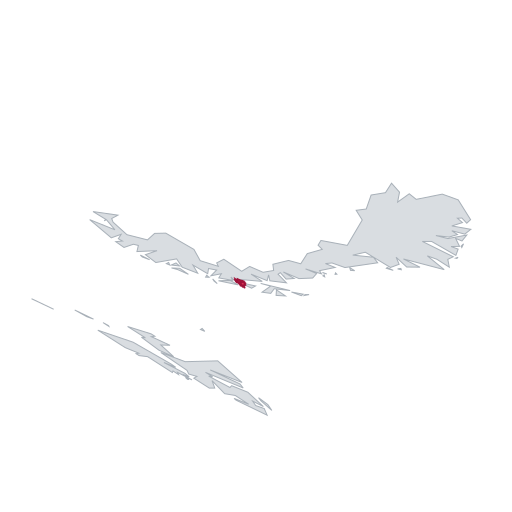 location of Lenvik nor, Troms, Norway, rotated 207°
{"feature_id": "86288312B95435650072468", "entity_name": "Lenvik nor", "entity_type": "district", "adm_level": 2, "iso_a3": "NOR", "parent_name": "Norway", "parent_adm1": "Troms", "projection": "equal_earth", "projection_center": [17.855, 69.38], "detail": "fine", "context": "in_parent", "style": "filled", "palette": "rose", "viewbox_px": 512, "rotation_deg": 207, "n_neighbors": 0, "source": "geoboundaries", "source_scale": "gbopen_adm2", "svg_char_len": 7252}
<svg xmlns="http://www.w3.org/2000/svg" viewBox="0 0 512 512"><g transform="rotate(207 256 256)"><path d="M303.6,226.5L284.9,229.7L287.9,232.0L283.2,238.5L261.8,235.9L256.9,243.8L242.3,244.7L233.7,251.1L237.2,256.3L225.0,266.8L212.6,269.4L211.4,281.4L200.0,292.0L205.6,293.8L205.2,299.3L179.5,306.9L177.7,336.3L187.5,342.2L179.1,347.9L181.1,362.6L169.4,371.2L168.3,382.4L157.1,378.0L154.3,368.3L147.7,381.0L139.0,379.2L118.1,395.7L101.3,397.8L81.3,385.8L83.1,380.9L89.8,383.3L93.7,381.1L87.2,379.5L95.2,371.7L76.7,377.3L79.9,370.3L93.0,367.4L86.2,366.6L92.6,360.5L105.0,355.9L93.0,358.6L77.7,370.4L79.3,362.9L86.1,362.3L79.0,357.0L86.5,353.0L79.0,353.9L78.2,347.3L106.2,348.7L114.4,344.5L79.9,344.9L83.6,340.1L78.7,333.8L93.4,335.2L103.4,333.9L82.1,329.3L123.3,320.3L104.8,320.5L116.7,314.6L130.6,318.5L124.7,313.6L131.0,306.8L160.3,309.0L170.2,300.7L150.8,308.2L144.5,305.2L171.5,286.1L185.1,284.3L190.7,280.8L180.3,281.7L192.7,271.8L189.5,269.8L206.0,267.0L194.0,267.9L195.5,262.1L207.4,255.4L224.4,254.2L211.8,253.3L218.7,249.1L226.8,252.2L228.1,249.8L216.7,245.9L232.4,240.2L236.2,244.9L234.9,239.1L252.2,237.6L238.9,236.2L259.2,228.0L261.2,223.9L268.8,225.9L265.7,223.7L279.2,219.6L278.8,224.5L287.2,217.9L284.7,225.6L292.6,223.3L291.0,218.3L308.1,219.3L300.1,214.2L316.7,212.5L325.4,217.4L342.3,204.7L355.1,207.0L346.6,215.8L364.1,205.9L365.6,212.0L370.6,210.8L377.5,203.7L387.5,205.1L381.8,208.7L386.5,208.9L386.0,214.1L393.2,206.5L420.7,212.9L393.6,215.3L405.7,220.4L421.4,221.6L397.6,229.7L401.6,223.9L398.8,221.3L380.7,216.4L360.0,221.1L356.6,230.1L346.8,235.4L314.3,233.7L303.6,226.5ZM237.7,117.1L255.9,118.9L254.0,121.9L262.3,120.3L265.6,122.8L297.0,126.8L271.1,129.7L242.5,145.2L211.0,137.0L245.1,133.7L212.2,134.7L207.5,132.6L248.2,129.4L239.8,128.7L243.7,127.5L219.5,127.0L218.8,129.4L201.4,130.9L181.1,125.2L193.1,125.2L188.4,122.6L179.4,123.8L173.8,119.2L208.4,118.5L210.9,119.2L195.2,120.6L211.2,122.3L221.4,119.1L238.6,125.0L232.8,119.6L237.7,117.1ZM277.6,114.2L306.9,117.1L314.9,114.2L318.5,114.5L316.3,116.2L330.9,115.0L363.3,118.1L326.4,123.4L282.3,121.2L277.0,120.4L289.7,119.3L266.1,119.2L260.7,118.0L267.6,117.2L256.8,116.5L273.1,116.7L271.2,115.2L277.8,115.9L277.6,114.2ZM299.6,128.0L321.2,131.6L317.4,132.9L338.4,134.9L314.1,139.0L309.7,138.6L312.6,136.6L292.1,137.4L300.4,133.5L283.6,128.9L299.6,128.0ZM229.3,235.8L239.4,233.7L209.9,240.7L224.9,235.1L225.9,229.4L234.2,226.5L229.3,235.8ZM245.3,225.3L258.9,224.9L242.8,229.1L245.3,225.3ZM258.7,222.2L278.2,216.9L267.9,222.5L258.7,222.2ZM171.8,125.6L186.1,129.3L189.4,130.9L178.0,129.0L171.8,125.6ZM220.2,230.0L222.4,235.1L211.6,233.8L220.2,230.0ZM325.9,207.0L318.4,210.4L307.9,209.0L320.0,208.3L325.9,207.0ZM327.4,209.5L324.1,213.5L319.6,212.4L327.4,209.5ZM197.6,241.2L208.1,240.0L196.6,243.4L197.6,241.2ZM435.8,116.1L412.1,116.7L436.6,116.0L435.8,116.1ZM379.2,125.1L393.0,125.6L372.1,126.0L379.2,125.1ZM349.1,204.4L356.9,203.5L359.5,204.3L349.1,204.4ZM332.4,208.5L330.9,210.6L328.8,208.8L332.4,208.5ZM291.3,214.3L291.2,216.5L288.2,215.7L291.3,214.3ZM272.1,165.3L271.1,167.0L267.4,165.6L272.1,165.3ZM362.1,127.2L355.7,127.0L355.1,126.5L362.1,127.2ZM165.3,286.1L167.2,288.2L161.4,287.7L165.3,286.1ZM278.0,213.8L282.0,214.6L284.2,215.9L278.0,213.8ZM261.1,115.0L263.8,115.8L259.6,115.5L261.1,115.0ZM133.9,305.3L127.2,305.5L134.3,304.2L133.9,305.3ZM124.0,308.8L121.3,310.7L120.3,309.7L124.0,308.8ZM194.8,243.9L191.2,245.7L195.2,242.6L194.8,243.9ZM77.7,357.9L76.6,361.1L76.5,357.0L77.7,357.9ZM186.7,270.2L185.3,268.6L187.4,268.7L186.7,270.2ZM407.2,218.4L406.6,220.1L406.3,219.8L407.2,218.4ZM188.5,271.7L184.7,272.1L189.3,271.3L188.5,271.7ZM177.2,275.5L177.5,277.1L175.7,276.5L177.2,275.5ZM77.2,344.7L75.4,346.6L75.9,345.0L77.2,344.7Z" fill="#d9dde1" stroke="#a8b0b8" stroke-width="1"/><path d="M255.8,227.9L256.7,227.8L257.0,227.7L257.0,227.8L257.4,227.7L257.8,227.6L258.0,227.5L257.8,227.5L257.7,227.4L257.3,227.5L257.3,227.4L257.1,227.5L257.1,227.4L256.9,227.3L257.0,227.2L256.6,227.2L256.1,227.0L256.3,227.0L256.2,227.0L256.3,227.0L256.2,226.9L256.3,226.9L256.3,227.0L257.1,227.0L257.4,226.9L257.5,226.7L257.2,226.7L257.3,226.5L257.2,226.6L257.3,226.5L257.2,226.5L257.3,226.5L257.2,226.4L256.7,226.5L256.7,226.3L256.8,226.3L257.0,226.2L256.9,226.3L256.9,226.2L256.7,226.1L256.4,226.0L256.4,225.9L256.5,225.9L256.9,225.9L257.0,225.9L256.8,225.9L257.0,225.7L257.4,225.6L257.7,225.5L258.0,225.5L258.3,225.5L258.5,225.4L258.9,225.5L259.0,225.4L258.9,225.4L259.1,225.3L258.9,225.3L258.7,225.3L258.6,225.2L258.8,224.9L258.6,224.9L258.4,224.9L258.5,224.8L258.8,224.9L258.7,224.8L258.7,224.7L258.8,224.6L259.0,224.5L258.8,224.3L258.5,224.3L258.5,224.2L258.2,224.3L258.0,224.5L257.9,224.5L258.0,224.7L257.9,224.8L257.5,224.7L257.3,224.6L257.5,224.4L257.9,224.3L257.9,224.2L258.0,224.1L258.1,223.9L258.4,223.9L258.8,223.7L258.5,223.6L258.0,223.4L257.4,223.3L257.2,223.3L257.0,223.5L256.7,223.6L256.6,224.0L256.3,224.2L256.2,224.2L255.7,224.1L256.0,224.1L255.9,224.0L256.1,223.9L256.0,223.7L256.3,223.5L256.7,223.5L256.7,223.4L256.8,223.4L256.7,223.4L256.9,223.3L256.9,223.2L257.0,223.0L256.9,222.9L256.6,222.7L256.4,222.5L256.2,222.5L256.3,222.5L256.1,222.5L255.9,222.5L256.1,222.6L255.8,222.6L255.6,222.6L255.4,222.8L255.4,223.0L255.2,223.1L254.9,223.0L254.8,222.9L254.6,222.8L254.5,222.7L254.3,222.6L254.1,222.4L253.9,222.3L254.0,222.3L253.7,222.4L253.2,222.3L253.7,222.6L253.8,223.0L253.5,222.9L253.7,223.0L253.8,223.0L253.7,223.0L253.8,223.0L254.2,223.3L254.3,223.4L254.2,223.4L253.6,223.3L253.7,223.6L253.9,223.7L253.9,223.8L253.6,223.7L253.3,223.5L253.2,223.4L253.3,223.3L253.3,223.2L253.0,223.1L252.9,223.0L252.9,222.9L252.7,222.8L252.7,222.7L252.2,222.6L251.8,222.4L251.7,222.3L251.4,222.2L251.6,222.3L251.6,222.5L251.8,222.8L252.1,222.9L252.3,223.0L252.6,223.2L252.5,223.3L252.8,223.4L253.0,223.6L253.3,223.7L253.8,223.8L254.0,223.8L254.3,223.8L254.3,223.7L254.1,223.6L254.4,223.6L254.8,223.7L255.0,223.7L255.1,223.8L254.3,224.0L253.6,224.2L253.3,224.3L252.5,225.0L253.1,225.3L252.5,225.5L253.1,226.0L253.5,226.2L253.8,226.4L253.9,226.6L253.6,226.7L253.9,226.8L253.8,227.0L254.4,226.9L254.4,227.2L254.6,227.2L255.5,227.2L256.0,227.4L256.0,227.5L255.9,227.7L255.9,227.8L255.8,227.9ZM264.3,226.2L264.2,226.1L264.3,225.9L264.1,225.7L264.2,225.4L264.3,225.2L264.0,225.1L263.8,225.1L263.4,224.9L262.9,224.9L262.7,225.0L262.1,225.2L262.0,225.3L261.6,225.4L261.5,225.5L261.6,225.8L261.4,226.0L261.2,226.2L260.8,226.3L260.6,226.5L260.8,226.2L261.0,225.9L261.1,226.0L261.2,225.7L261.4,225.5L262.0,225.3L262.0,225.2L262.4,225.0L262.4,224.9L262.5,224.9L262.4,224.9L262.5,224.8L262.4,224.7L262.6,224.6L262.6,224.4L262.6,224.2L262.4,224.1L261.8,223.9L261.7,223.8L261.8,223.8L261.7,223.8L261.4,223.7L261.0,223.8L260.9,223.8L260.5,224.0L260.4,224.1L259.9,224.0L259.7,224.1L259.9,224.3L260.0,224.4L260.0,224.5L259.9,224.8L260.1,224.9L260.0,225.0L259.4,225.0L259.2,225.1L259.3,225.3L259.2,225.5L259.3,225.5L259.0,225.6L258.8,225.8L258.7,225.9L257.7,226.0L257.9,226.0L257.8,226.5L258.0,226.7L257.8,226.8L257.6,227.0L257.8,227.1L258.0,227.0L258.5,227.0L258.8,227.0L259.0,227.0L258.9,227.2L258.8,227.3L259.8,227.3L260.1,227.3L260.2,227.2L260.8,227.2L261.2,227.2L261.5,227.2L261.3,227.0L261.3,226.8L262.6,226.4L263.7,226.1L264.3,226.2Z" fill="#f43f5e" stroke="#9f1239" stroke-width="1.5"/></g></svg>